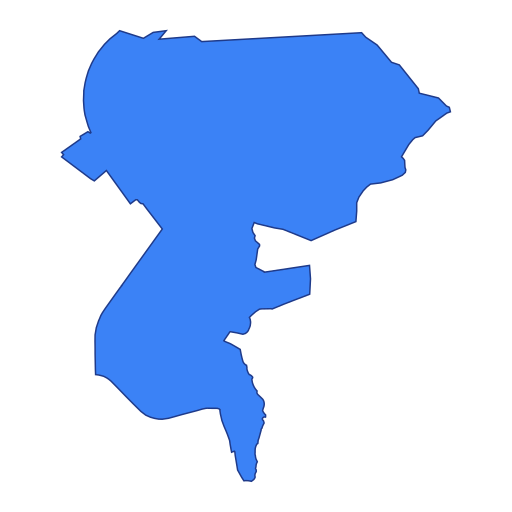 the district of Kosofe, Lagos, Nigeria
{"feature_id": "59680162B6009908161486", "entity_name": "Kosofe", "entity_type": "district", "adm_level": 2, "iso_a3": "NGA", "parent_name": "Nigeria", "parent_adm1": "Lagos", "projection": "albers", "projection_center": [3.4, 6.587], "detail": "fine", "context": "isolated", "style": "filled", "palette": "blue", "viewbox_px": 512, "rotation_deg": 0, "n_neighbors": 0, "source": "geoboundaries", "source_scale": "gbopen_adm2", "svg_char_len": 3980}
<svg xmlns="http://www.w3.org/2000/svg" viewBox="0 0 512 512"><path d="M95.8,374.6L98.7,375.0L101.2,375.6L103.7,376.3L106.6,377.8L108.7,379.2L110.9,381.0L117.4,387.6L125.9,396.4L133.3,403.9L140.2,410.7L140.9,411.4L142.7,412.8L144.7,414.3L145.7,415.1L150.4,417.2L153.6,418.1L154.7,418.4L158.7,419.1L162.3,419.2L168.4,418.3L174.3,416.7L179.6,415.2L182.1,414.5L197.0,410.6L202.5,409.0L206.0,408.3L207.1,408.2L212.3,408.3L216.3,408.3L217.7,408.4L219.3,409.0L220.0,409.6L220.0,409.9L219.9,410.1L220.0,411.1L220.4,413.9L221.9,420.5L224.0,426.2L226.4,431.8L226.7,432.6L227.4,434.3L229.2,439.3L229.6,440.5L229.7,441.1L229.8,441.7L229.9,442.5L230.1,444.0L231.0,449.2L231.6,452.2L232.3,451.9L233.6,451.5L234.4,451.2L234.7,451.5L234.9,452.4L235.2,455.4L236.9,465.6L237.6,470.0L241.6,477.2L243.9,480.8L245.8,480.6L248.2,480.7L250.1,481.0L251.4,481.3L252.5,480.5L253.9,479.4L254.9,477.8L255.1,477.1L254.9,475.6L254.9,474.9L255.2,473.6L255.6,472.7L256.1,471.9L256.3,471.1L256.2,470.4L256.1,469.6L255.6,468.9L255.5,468.5L255.6,467.9L255.9,467.1L256.1,465.2L256.2,464.5L256.6,463.2L257.3,461.8L256.9,460.9L256.0,459.0L255.5,457.0L255.4,455.7L255.2,455.1L255.0,453.9L255.1,452.5L255.1,452.0L255.1,450.3L255.2,448.9L255.3,448.1L255.8,446.3L256.6,444.5L257.2,443.8L257.8,443.5L258.0,441.8L258.1,440.5L259.0,437.9L261.0,430.6L261.1,430.3L261.1,429.5L261.3,428.9L262.0,428.1L262.4,426.6L262.8,425.6L263.4,424.4L263.8,423.6L264.1,423.0L263.5,420.8L262.8,420.1L262.5,419.6L262.3,418.9L262.4,418.5L262.6,418.1L263.3,417.4L264.0,417.0L264.8,417.0L265.5,417.1L265.6,416.7L265.6,415.6L265.6,414.9L264.7,414.0L263.5,412.4L262.6,410.7L262.8,409.8L263.3,408.1L263.9,406.5L264.2,404.8L264.2,403.2L263.9,401.6L263.4,400.3L262.7,399.2L261.4,397.9L258.9,395.5L257.7,394.4L257.1,393.4L256.9,392.7L256.9,391.9L257.1,391.0L256.7,390.6L255.2,388.7L254.2,387.1L253.3,385.2L252.5,383.0L252.1,381.0L251.9,379.7L251.9,379.1L252.6,377.9L252.7,377.2L251.6,375.9L250.4,375.0L249.3,374.6L248.3,373.1L247.5,371.2L247.2,370.2L246.9,369.0L246.9,367.2L246.5,365.2L245.6,364.9L244.0,363.4L243.0,361.7L242.0,358.1L241.1,354.2L240.2,349.4L231.3,344.2L229.7,343.4L226.9,342.3L224.2,341.1L224.2,340.8L223.9,340.6L229.8,332.0L230.2,331.7L237.1,332.9L242.7,334.2L243.4,334.1L244.2,333.8L245.3,333.5L246.0,333.0L247.0,332.2L247.8,331.3L248.4,330.3L248.9,329.0L249.4,328.0L250.2,325.8L250.5,323.5L250.6,322.0L250.2,319.4L249.4,317.4L251.5,315.3L255.6,311.7L259.4,309.2L261.3,308.9L271.1,308.7L272.1,309.0L283.7,304.2L293.0,300.6L309.7,294.2L310.5,278.8L309.5,265.4L264.3,272.2L264.2,271.8L255.9,267.5L254.9,264.5L256.2,259.7L257.7,249.0L259.6,245.9L259.5,244.4L255.4,240.8L254.4,238.1L255.1,235.7L252.9,232.4L251.9,228.5L254.2,222.5L257.4,223.8L274.5,227.9L283.0,229.3L311.1,240.6L334.7,230.1L355.9,221.6L356.7,211.1L356.7,202.7L358.9,197.1L363.2,190.8L366.7,187.1L370.5,184.1L380.7,182.9L392.7,179.7L399.4,176.6L402.3,175.2L405.3,172.4L405.8,169.9L405.0,167.5L404.8,164.5L404.6,160.4L403.2,158.4L401.5,156.8L408.8,144.5L412.8,139.6L415.1,137.6L422.6,135.8L428.0,130.3L435.8,120.9L446.8,113.1L450.4,111.8L449.3,107.3L446.4,106.0L445.6,105.2L438.5,98.0L419.3,93.2L418.3,88.7L399.3,64.9L391.5,62.3L377.1,45.0L365.7,37.2L361.6,32.7L201.7,41.6L194.5,36.3L159.1,39.2L166.2,30.7L153.2,32.4L143.4,38.3L119.6,30.7L116.7,33.5L110.0,38.8L104.5,44.3L98.4,51.9L94.0,59.0L91.6,63.5L88.4,70.9L86.3,77.9L85.9,79.5L85.1,82.9L83.8,90.7L83.8,92.8L83.5,100.6L84.0,108.1L84.3,110.7L85.0,114.9L86.9,121.6L88.3,126.3L90.9,132.6L90.3,133.1L87.9,131.7L80.1,136.4L80.7,138.9L61.6,152.4L63.6,154.7L61.6,156.9L90.6,178.7L94.3,180.9L106.4,170.5L114.1,181.2L130.4,203.8L135.8,199.7L137.4,199.8L139.4,202.3L140.9,203.5L143.0,203.8L147.2,209.4L162.3,229.0L161.8,229.7L146.1,251.5L129.7,274.3L125.8,279.8L121.9,285.2L121.5,285.7L121.7,285.8L120.1,287.7L116.0,293.4L105.3,308.4L102.5,312.6L100.9,315.4L99.2,319.5L98.7,320.5L96.3,327.7L95.1,334.8L95.0,341.1L95.1,348.0L95.1,353.7L95.4,369.5L95.6,374.6L95.8,374.6Z" fill="#3b82f6" stroke="#1e3a8a" stroke-width="1.5"/></svg>